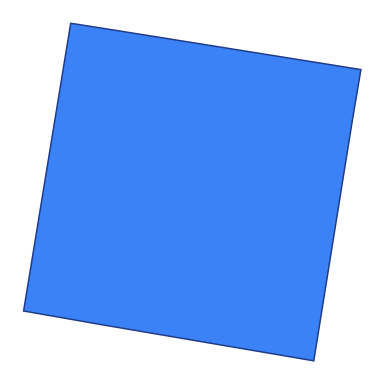 the district of Taylor, Texas, United States of America, rotated 279°
{"feature_id": "52423323B57845343787287", "entity_name": "Taylor", "entity_type": "district", "adm_level": 2, "iso_a3": "USA", "parent_name": "United States of America", "parent_adm1": "Texas", "projection": "albers", "projection_center": [-99.87, 32.302], "detail": "fine", "context": "isolated", "style": "filled", "palette": "blue", "viewbox_px": 384, "rotation_deg": 279, "n_neighbors": 0, "source": "geoboundaries", "source_scale": "gbopen_adm2", "svg_char_len": 271}
<svg xmlns="http://www.w3.org/2000/svg" viewBox="0 0 384 384"><g transform="rotate(279 192 192)"><path d="M48.1,44.3L46.8,123.1L44.3,338.7L292.5,339.2L339.3,339.7L339.7,101.9L339.7,49.8L339.6,45.8L48.1,44.3Z" fill="#3b82f6" stroke="#1e3a8a" stroke-width="1.5"/></g></svg>